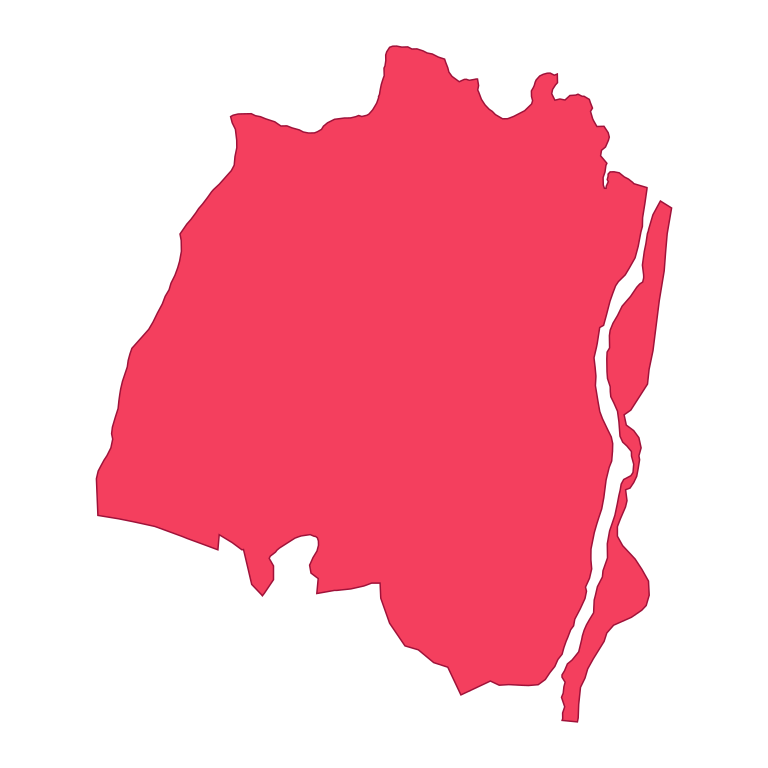 Al Fashn, Bani Suwayf, Egypt
{"feature_id": "37247803B34846492708063", "entity_name": "Al Fashn", "entity_type": "district", "adm_level": 2, "iso_a3": "EGY", "parent_name": "Egypt", "parent_adm1": "Bani Suwayf", "projection": "natural_earth1", "projection_center": [30.866, 28.805], "detail": "fine", "context": "isolated", "style": "filled", "palette": "rose", "viewbox_px": 768, "rotation_deg": 0, "n_neighbors": 0, "source": "geoboundaries", "source_scale": "gbopen_adm2", "svg_char_len": 5656}
<svg xmlns="http://www.w3.org/2000/svg" viewBox="0 0 768 768"><path d="M477.5,79.0L476.2,79.0L474.4,79.4L469.3,80.3L466.3,79.3L464.3,79.4L459.2,81.7L452.0,76.4L448.9,72.1L447.8,67.8L445.7,62.4L444.6,59.1L438.4,57.1L432.3,54.0L427.2,53.0L423.1,50.9L417.0,48.9L411.9,49.0L407.8,46.9L401.8,47.1L396.7,46.1L392.6,46.2L389.6,47.3L386.7,51.8L385.7,55.0L385.8,60.5L385.0,65.9L384.0,68.1L384.2,75.8L383.3,78.1L382.3,81.2L381.3,84.5L380.4,88.9L380.0,91.2L379.5,94.4L378.5,96.6L378.6,97.7L376.7,103.1L374.7,106.5L372.7,109.8L370.8,112.0L368.8,114.2L366.8,115.3L361.8,116.5L358.7,115.5L355.7,116.7L350.6,117.9L347.6,118.0L344.6,118.0L334.5,119.3L327.5,122.8L324.3,125.5L323.5,126.1L321.5,129.4L317.5,131.7L314.5,132.9L310.5,133.0L308.4,133.0L303.3,132.0L299.3,129.9L292.1,127.9L287.0,125.9L285.8,125.9L280.9,126.0L277.8,123.9L274.8,121.8L271.7,120.8L265.6,118.8L260.5,116.7L255.4,115.7L251.3,113.7L246.2,113.8L241.2,113.9L238.1,114.0L233.1,115.2L230.6,116.6L232.2,122.8L235.4,129.3L236.7,140.1L236.8,147.7L235.0,156.5L234.2,165.2L231.3,170.7L226.3,176.3L219.4,184.1L213.5,189.6L211.5,191.9L207.6,197.4L202.6,204.0L198.7,208.5L195.8,212.9L190.8,219.6L186.9,224.0L180.0,234.0L181.2,240.5L181.4,251.3L179.6,261.2L177.7,267.8L174.9,275.4L171.0,283.2L169.1,289.7L165.2,296.3L162.3,304.0L157.5,312.9L153.0,322.1L148.7,329.4L140.8,338.3L136.9,342.7L131.9,348.3L130.0,353.8L128.2,360.4L127.3,366.9L122.5,381.2L120.7,388.8L119.8,394.3L118.9,400.8L118.1,408.5L115.3,417.3L112.4,427.1L111.6,433.7L112.7,439.1L110.9,447.8L107.0,455.6L104.1,460.0L101.1,465.5L98.2,471.0L96.4,478.7L97.9,515.4L118.7,518.8L132.7,521.6L141.5,523.5L154.7,526.4L156.7,527.1L182.1,536.4L187.3,538.5L203.9,544.6L216.8,549.4L217.9,549.8L219.2,534.7L232.2,542.6L241.9,549.8L243.5,549.5L248.3,569.8L251.7,584.4L261.5,594.7L262.4,595.8L264.4,593.2L273.5,579.7L273.5,565.9L269.7,559.3L269.2,558.4L270.2,556.2L275.5,552.1L277.0,550.1L279.5,548.0L287.3,543.0L295.0,538.1L298.8,536.7L301.3,535.9L310.2,534.6L314.2,536.3L315.5,536.4L317.3,537.7L318.4,540.9L318.5,545.3L317.0,551.0L313.0,557.6L310.2,563.9L309.6,565.1L311.0,573.1L316.8,577.5L318.2,578.5L317.0,591.4L316.8,593.5L318.1,593.3L334.4,590.4L336.7,590.4L350.9,588.9L363.8,586.0L366.6,585.0L371.6,583.1L372.7,583.1L380.1,583.1L380.7,596.9L380.8,598.3L389.6,623.2L390.4,624.4L405.0,645.9L418.3,649.8L433.7,662.6L446.9,666.9L447.8,667.2L460.9,694.9L461.8,694.5L489.0,681.7L490.3,681.0L499.2,685.2L508.7,684.6L511.1,684.7L522.6,685.3L528.1,685.5L528.6,685.5L538.2,684.7L545.3,679.5L550.0,672.5L554.8,666.5L557.9,659.5L562.1,654.2L563.9,647.6L566.1,641.3L567.6,637.8L570.7,629.7L573.6,625.8L574.8,619.2L580.3,608.7L585.0,598.5L586.5,591.2L585.5,587.1L589.5,578.3L591.7,568.9L590.9,559.9L590.9,555.1L591.0,549.0L594.3,532.6L596.8,523.9L598.9,517.3L601.7,508.9L603.8,497.7L606.1,479.9L609.2,467.3L611.7,461.0L612.4,452.4L612.5,451.6L612.7,443.6L611.3,437.0L607.9,430.1L602.5,418.8L599.8,411.6L598.0,401.5L595.4,385.6L595.9,377.0L595.9,375.8L595.1,367.2L594.0,357.8L596.5,347.1L597.0,344.6L597.3,343.0L599.7,327.5L603.6,325.3L606.3,315.5L610.0,301.2L612.8,293.2L615.6,285.8L618.4,281.6L625.2,274.9L629.1,268.4L635.1,257.8L638.2,246.3L640.9,232.0L642.4,226.4L642.6,217.7L644.9,203.4L647.0,188.7L647.0,187.6L633.9,183.7L632.6,182.3L631.4,181.4L628.5,179.1L626.4,178.0L624.4,177.0L619.2,172.8L614.1,171.8L610.1,171.9L608.1,174.1L608.1,176.3L607.2,179.6L608.3,181.7L607.3,183.9L606.3,186.1L606.1,188.3L604.4,188.3L603.3,185.1L603.1,177.5L605.0,172.0L605.9,165.5L606.9,163.3L605.1,161.1L600.6,155.8L601.5,150.3L605.5,147.0L608.4,140.4L609.3,137.1L608.2,132.7L604.0,126.3L600.0,126.4L596.9,126.5L593.8,121.1L592.7,118.9L590.5,111.4L592.5,108.1L590.4,102.7L589.3,99.4L584.1,96.3L582.1,96.3L578.0,94.2L575.7,95.1L569.9,95.5L565.0,100.0L559.9,99.0L554.9,100.2L553.8,98.0L551.7,93.7L552.6,89.4L555.5,84.9L557.5,82.7L557.3,74.0L554.3,75.2L550.2,73.1L547.2,73.2L543.2,74.3L539.7,76.0L536.2,79.9L535.2,82.1L534.3,85.4L533.3,87.6L531.4,90.9L531.5,96.4L532.6,100.7L531.6,104.0L525.7,109.7L524.7,110.7L513.7,116.4L507.7,118.7L502.6,118.8L495.4,114.6L492.3,111.4L489.2,109.3L485.1,105.0L483.0,101.8L481.4,99.3L478.7,92.1L477.7,90.0L478.6,85.6L477.5,79.0ZM671.6,208.0L660.4,201.0L658.1,205.2L652.9,214.8L648.5,229.8L648.4,230.7L647.4,233.6L645.9,243.6L644.3,251.4L642.4,265.1L643.6,274.7L643.7,276.9L643.6,278.2L642.7,282.0L639.7,284.0L636.8,287.2L630.5,296.5L622.1,306.2L617.6,315.4L613.0,323.2L610.2,330.1L609.4,335.6L609.6,347.9L607.1,352.1L606.8,358.9L607.0,371.7L607.5,378.5L610.2,386.7L610.3,391.7L610.8,396.7L613.9,403.0L617.5,411.2L618.9,421.6L620.0,436.2L622.7,442.1L627.0,446.1L631.4,451.5L631.5,456.1L633.7,464.2L633.0,472.5L630.9,475.7L623.7,479.5L621.2,484.1L620.1,490.5L618.9,495.5L617.3,503.9L614.9,515.3L612.1,523.6L609.6,530.9L607.3,543.7L607.5,557.9L603.0,570.7L602.4,577.0L597.4,586.7L595.4,595.4L594.2,600.0L593.6,612.8L589.4,619.7L586.5,624.8L584.1,630.3L582.4,635.8L581.7,639.5L579.5,648.6L578.7,651.8L574.8,656.7L572.0,660.1L567.4,663.9L564.5,670.8L562.0,674.9L562.0,677.2L565.1,682.2L563.9,686.8L563.2,693.2L561.5,697.3L564.7,706.8L562.6,713.0L562.7,718.5L562.1,720.4L577.4,721.9L578.2,717.9L578.7,704.5L580.5,687.3L585.0,678.1L587.7,668.9L593.3,658.8L604.1,641.4L606.8,633.0L613.6,625.2L631.4,617.3L641.8,610.2L646.2,605.5L649.2,595.2L648.5,581.1L641.8,569.2L635.1,559.0L622.6,545.6L617.4,536.2L617.4,526.7L620.4,518.8L625.5,507.0L627.0,500.7L625.6,489.7L630.0,488.1L633.7,482.6L636.7,476.3L638.2,468.4L639.6,459.7L638.9,455.8L641.1,447.9L638.9,437.7L633.7,430.6L626.3,425.1L624.1,414.8L630.8,410.1L647.5,384.1L649.1,369.3L653.0,350.6L659.3,300.5L664.2,270.9L665.7,251.0L667.2,233.7L671.6,208.0Z" fill="#f43f5e" stroke="#9f1239" stroke-width="1.5"/></svg>